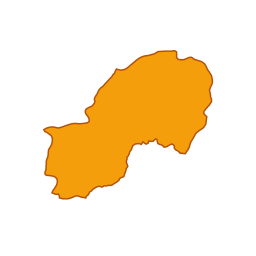 Água Comprida, Minas Gerais, Brazil (Equal Earth projection), rotated 234°
{"feature_id": "56859067B41849798553988", "entity_name": "Água Comprida", "entity_type": "district", "adm_level": 2, "iso_a3": "BRA", "parent_name": "Brazil", "parent_adm1": "Minas Gerais", "projection": "equal_earth", "projection_center": [-48.089, -19.997], "detail": "fine", "context": "isolated", "style": "filled", "palette": "amber", "viewbox_px": 256, "rotation_deg": 234, "n_neighbors": 0, "source": "geoboundaries", "source_scale": "gbopen_adm2", "svg_char_len": 2808}
<svg xmlns="http://www.w3.org/2000/svg" viewBox="0 0 256 256"><g transform="rotate(234 128 128)"><path d="M182.5,153.4L181.4,151.0L180.2,149.3L180.0,147.1L179.0,145.0L178.5,142.2L178.1,139.9L177.6,137.6L177.1,134.8L176.4,132.1L176.5,129.8L175.9,126.9L174.8,124.8L173.8,123.3L173.0,121.0L172.1,119.0L170.9,117.5L169.1,117.0L168.0,115.5L167.3,113.6L166.9,111.2L167.5,109.1L167.8,107.3L167.9,105.4L167.2,103.8L165.8,102.7L163.8,102.2L161.5,102.3L159.1,102.2L157.5,101.4L156.2,100.5L156.0,98.4L157.6,95.2L159.2,92.3L160.6,90.4L162.0,88.9L163.6,86.7L164.7,84.4L165.6,81.8L166.3,79.6L166.9,77.6L167.7,74.9L169.0,71.5L171.1,69.7L172.8,68.1L174.0,66.4L174.8,64.8L175.8,62.0L176.1,58.9L173.9,58.7L172.4,59.7L170.6,60.3L168.6,60.9L167.2,61.3L165.3,61.1L163.3,60.2L161.5,58.7L159.8,56.8L158.2,53.8L157.2,51.1L155.5,49.5L154.2,48.4L152.5,47.0L151.3,45.3L150.4,43.9L149.1,42.3L146.9,40.8L145.4,39.4L143.9,38.3L142.3,36.9L140.9,34.7L139.0,33.7L137.5,34.4L136.0,36.2L133.9,38.3L131.9,40.0L129.5,40.5L127.8,40.4L126.5,39.5L124.9,38.2L123.8,36.5L122.8,34.3L122.1,32.4L121.4,30.1L120.2,28.4L118.2,29.6L116.5,30.8L115.7,32.7L113.6,32.7L111.8,31.4L110.6,32.4L108.9,33.8L107.4,35.9L106.1,37.7L105.3,39.7L104.6,42.0L104.1,44.5L103.4,46.6L102.2,47.7L100.7,48.8L99.3,49.7L98.0,51.2L96.2,52.7L97.2,54.0L97.4,56.9L98.8,59.3L98.5,61.1L99.0,63.0L99.0,65.0L98.8,67.0L98.6,68.9L97.3,71.0L95.5,72.1L95.2,74.9L93.7,76.6L93.1,78.6L91.9,80.0L91.2,81.8L91.1,84.4L90.9,87.6L91.0,89.9L92.1,91.7L91.7,94.0L91.1,96.0L92.8,98.2L94.3,100.6L96.1,102.7L97.1,105.3L99.0,105.9L100.7,106.3L102.2,107.2L103.3,108.9L104.8,109.7L105.3,111.8L106.6,114.0L107.9,115.8L108.5,118.0L109.7,119.6L110.9,121.7L110.8,124.5L109.6,126.7L108.5,128.1L106.9,129.2L108.0,131.9L106.5,132.3L104.4,133.1L103.8,135.2L105.3,137.2L103.7,138.6L102.5,140.6L103.0,143.8L101.7,144.6L100.1,143.9L98.0,143.0L96.4,143.8L95.2,144.8L93.4,145.7L91.3,145.9L90.1,148.3L89.8,152.1L89.3,154.2L87.7,154.8L85.9,154.8L84.8,153.7L83.3,153.6L81.8,153.9L80.4,154.8L78.7,155.2L77.0,155.3L75.8,156.9L74.6,158.0L73.5,159.3L74.4,161.3L75.1,163.6L76.4,166.2L77.6,167.6L79.5,170.2L82.6,177.4L83.6,179.2L84.0,181.4L83.9,189.0L84.6,191.4L85.6,193.4L90.9,198.4L93.9,197.8L95.4,197.9L96.8,199.4L97.6,201.8L98.8,207.3L100.3,211.1L102.4,212.6L104.1,212.8L107.2,214.7L109.4,215.5L111.0,216.4L112.7,219.1L114.2,221.8L115.7,223.5L117.6,224.6L121.3,226.3L126.1,226.7L128.1,226.6L132.5,227.5L135.3,227.6L138.5,226.5L144.7,221.9L147.8,221.0L149.1,219.1L150.4,213.5L151.3,212.1L152.7,210.3L153.8,209.1L155.5,208.7L157.5,209.4L159.2,210.9L161.1,212.0L163.2,211.1L164.7,208.2L166.5,205.8L168.1,203.6L170.6,199.6L172.1,197.4L172.5,193.0L174.6,187.4L176.7,183.3L177.5,180.7L177.9,178.1L177.9,174.5L177.0,162.5L177.3,159.8L179.0,156.2L180.5,154.8L182.5,153.4Z" fill="#f59e0b" stroke="#b45309" stroke-width="1.5"/></g></svg>